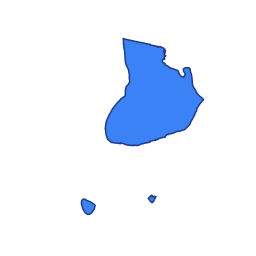 the district of Lapaha, Tongatapu, Tonga, rotated 143°
{"feature_id": "48082658B59364107477614", "entity_name": "Lapaha", "entity_type": "district", "adm_level": 2, "iso_a3": "TON", "parent_name": "Tonga", "parent_adm1": "Tongatapu", "projection": "natural_earth1", "projection_center": [-175.073, -21.147], "detail": "fine", "context": "isolated", "style": "filled", "palette": "blue", "viewbox_px": 256, "rotation_deg": 143, "n_neighbors": 0, "source": "geoboundaries", "source_scale": "gbopen_adm2", "svg_char_len": 3258}
<svg xmlns="http://www.w3.org/2000/svg" viewBox="0 0 256 256"><g transform="rotate(143 128 128)"><path d="M77.9,202.3L79.1,200.5L81.2,197.5L82.8,194.7L84.6,191.2L86.5,188.2L88.8,184.8L90.6,181.8L91.6,179.0L92.5,174.5L94.4,170.5L97.3,166.5L98.5,164.3L100.7,162.8L104.5,162.2L107.5,159.6L110.8,155.3L115.8,155.5L115.8,155.4L121.0,154.7L129.2,152.5L130.6,151.7L135.3,149.8L141.5,146.2L146.3,141.5L149.5,135.9L151.0,131.2L150.0,126.5L146.7,123.2L144.9,121.8L144.6,121.5L144.7,121.4L144.0,120.5L143.4,120.0L142.8,120.5L141.5,118.8L140.7,117.7L140.3,116.7L139.1,115.2L137.3,113.3L136.8,113.2L136.3,112.4L135.4,111.8L134.7,111.0L134.4,110.6L133.7,110.6L133.6,110.8L133.2,110.4L132.1,109.2L130.6,108.0L129.4,107.8L128.2,107.5L127.7,107.6L126.2,106.8L125.0,106.2L123.9,105.9L121.6,104.7L120.9,104.3L120.0,104.3L119.7,103.9L119.4,103.7L118.8,103.6L118.4,103.7L118.3,104.0L117.6,103.8L117.0,103.5L115.7,102.9L114.8,102.6L114.4,102.2L114.0,101.9L113.5,101.9L113.3,101.6L113.0,101.6L112.8,101.6L112.7,101.9L111.6,101.0L111.1,101.0L111.0,101.3L110.8,101.2L110.2,101.1L109.2,100.7L108.1,100.5L107.6,100.2L107.2,100.0L106.0,99.5L104.6,98.7L104.1,98.4L103.5,98.6L102.2,99.1L101.5,99.3L100.9,99.1L100.2,98.7L100.1,99.1L99.5,98.9L97.5,97.7L95.3,96.8L91.1,95.8L88.3,94.2L83.7,92.7L82.9,92.7L81.5,92.9L80.0,93.1L78.8,93.3L77.8,93.4L76.8,93.6L75.4,94.3L74.4,95.0L74.1,95.1L73.9,95.3L72.3,95.9L70.5,96.7L69.1,97.4L67.6,98.0L66.2,98.9L64.6,99.8L64.3,100.0L63.0,100.5L62.1,101.3L61.0,102.1L60.7,102.4L59.9,102.7L57.7,103.4L55.5,104.2L53.9,104.5L52.4,104.9L51.4,105.0L50.7,105.1L50.5,105.5L50.8,107.0L51.6,110.5L51.9,112.6L52.0,113.5L51.9,114.8L51.7,116.1L51.6,117.0L51.3,118.0L51.2,118.8L51.2,120.3L50.9,122.2L50.8,122.9L49.5,125.1L47.7,128.0L46.1,130.7L45.1,132.8L44.2,135.4L43.5,136.7L43.3,137.0L42.9,137.9L43.0,139.1L43.8,140.2L45.6,141.5L47.1,141.8L48.2,141.8L49.3,140.4L49.8,136.4L50.8,136.1L53.0,135.0L54.3,137.0L54.6,139.9L53.6,143.8L55.3,146.4L56.8,148.9L57.4,149.6L58.3,150.4L58.2,150.9L58.5,151.6L58.8,153.1L59.2,153.9L59.5,154.3L59.7,154.9L60.1,155.4L60.5,156.0L59.6,157.2L60.7,159.6L60.6,160.3L59.8,161.6L58.8,161.8L58.1,161.1L57.4,160.9L56.9,161.4L57.0,162.0L56.4,162.9L55.5,163.6L54.9,162.7L54.4,163.3L54.9,164.4L54.5,165.1L54.7,165.3L53.8,166.1L53.3,165.6L53.1,165.7L53.5,166.5L53.3,166.7L53.0,166.8L52.9,167.4L53.2,167.7L52.9,167.9L52.5,166.8L51.7,167.0L51.6,167.9L51.9,168.0L52.0,168.3L51.7,168.4L51.3,168.8L51.6,168.9L51.8,169.4L51.8,170.0L51.8,170.4L51.6,170.5L53.0,173.2L54.5,174.6L55.2,174.2L55.9,175.4L55.6,175.7L58.6,179.1L60.4,181.1L60.0,181.4L71.1,194.0L77.1,201.0L77.9,202.3ZM200.8,86.6L201.0,87.6L202.3,91.3L203.1,92.8L204.1,94.2L204.5,94.9L204.9,96.3L205.5,97.3L206.2,98.0L207.1,98.2L208.1,98.0L209.1,97.4L209.9,96.7L210.5,95.9L210.9,95.3L211.3,94.2L212.0,92.5L212.4,91.5L212.7,90.4L213.0,88.9L213.1,87.3L213.1,86.0L212.7,84.4L212.4,83.6L211.4,82.7L210.8,82.3L209.5,82.1L208.3,82.1L206.1,82.8L204.5,83.3L203.9,83.5L203.2,83.9L202.6,84.6L201.5,85.4L200.8,86.0L200.8,86.6ZM154.2,58.6L154.2,57.2L154.2,55.9L154.0,54.2L153.1,53.7L151.5,54.2L150.2,54.7L150.0,55.0L148.4,55.7L147.1,56.4L147.8,57.2L148.2,57.8L149.1,57.8L149.8,58.1L150.1,58.6L149.3,59.5L149.9,60.2L152.7,59.9L154.2,59.4L154.2,58.6Z" fill="#3b82f6" stroke="#1e3a8a" stroke-width="1.5"/></g></svg>